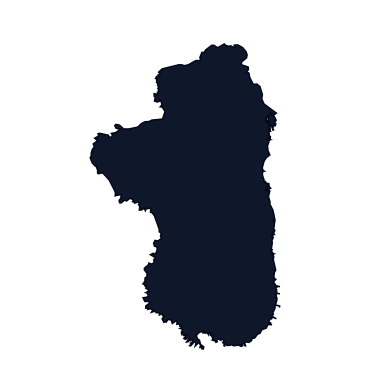 Bataan, Bataan, Philippines, rotated 10°
{"feature_id": "2640588B97763445928490", "entity_name": "Bataan", "entity_type": "district", "adm_level": 2, "iso_a3": "PHL", "parent_name": "Philippines", "parent_adm1": "Bataan", "projection": "orthographic", "projection_center": [120.476, 14.665], "detail": "fine", "context": "isolated", "style": "filled", "palette": "ink", "viewbox_px": 384, "rotation_deg": 10, "n_neighbors": 0, "source": "geoboundaries", "source_scale": "gbopen_adm2", "svg_char_len": 6043}
<svg xmlns="http://www.w3.org/2000/svg" viewBox="0 0 384 384"><g transform="rotate(10 192 192)"><path d="M261.4,99.7L247.5,92.7L244.5,88.1L244.4,83.8L240.6,76.4L237.2,74.4L233.7,75.4L228.9,69.1L227.4,65.0L224.9,64.5L226.3,61.6L225.7,59.2L218.4,58.1L218.4,55.1L222.4,50.5L222.5,47.5L221.0,44.6L216.8,41.0L211.6,39.2L208.1,40.0L209.1,42.1L207.9,42.3L204.7,41.3L203.1,42.2L199.6,41.7L198.1,40.6L192.2,45.5L188.2,43.7L186.0,44.1L180.8,49.7L179.7,52.5L177.5,52.8L176.4,58.3L177.4,59.5L176.8,61.1L172.8,62.0L166.4,67.3L162.4,69.0L159.9,68.5L156.7,69.1L141.3,75.9L138.3,79.8L140.5,81.3L138.2,82.6L138.4,84.0L137.1,84.3L136.4,86.6L137.7,86.8L138.1,90.2L140.1,91.7L139.5,92.8L141.0,94.3L140.3,95.9L141.9,96.8L141.2,97.7L142.0,98.8L140.6,99.8L141.3,101.9L137.6,101.7L138.2,104.4L139.3,104.2L139.3,109.0L142.2,109.4L145.2,107.8L146.1,108.5L147.3,111.9L146.6,112.5L147.3,113.0L146.4,113.6L148.0,113.6L151.5,117.4L150.3,125.3L139.9,128.2L137.6,130.0L133.5,131.0L130.2,133.5L127.3,137.5L118.8,140.9L113.8,141.8L109.1,138.8L105.6,138.6L104.4,139.9L106.0,142.3L110.3,142.7L106.7,146.7L102.4,148.3L103.8,149.8L103.3,151.6L101.4,152.6L99.7,150.6L91.0,150.2L89.3,151.0L90.3,152.4L89.7,153.6L86.8,155.9L90.1,157.9L86.4,161.8L88.0,164.6L86.5,167.3L86.0,171.4L86.6,173.3L85.8,175.9L88.6,180.6L92.5,183.4L93.1,183.0L95.4,187.3L95.7,189.7L96.8,190.3L99.7,188.9L101.5,189.2L108.4,194.6L115.8,204.4L117.0,206.9L116.9,209.8L117.3,208.8L122.7,206.8L123.0,210.4L121.7,213.0L122.6,215.2L124.0,215.1L127.1,211.7L129.1,212.2L131.9,209.1L133.1,209.1L135.0,209.7L135.7,211.1L135.2,211.8L136.9,211.9L137.3,213.0L140.5,211.3L142.1,211.7L141.5,213.8L143.0,214.9L143.3,219.0L145.9,218.2L147.8,216.1L149.3,218.5L149.7,216.6L154.2,215.0L154.7,219.2L156.2,219.2L159.2,222.1L166.2,234.4L166.7,236.9L168.8,237.8L168.6,241.0L169.7,242.4L169.4,243.5L167.0,246.1L164.0,246.1L163.1,249.2L164.6,252.0L166.1,251.8L167.4,253.1L167.7,256.7L166.4,259.2L165.1,259.7L164.4,259.1L161.9,261.0L167.1,262.9L167.3,264.2L166.4,264.8L166.9,265.6L166.2,265.8L167.1,267.7L165.2,270.0L161.9,269.5L162.0,270.8L158.4,275.3L158.6,277.0L162.0,280.1L162.2,283.4L160.7,284.8L161.1,288.1L159.6,291.0L161.6,291.4L162.0,292.7L163.4,292.5L163.2,294.8L165.8,295.6L166.4,297.3L164.0,299.1L165.1,299.2L167.1,301.7L166.0,303.4L162.2,304.6L164.5,308.0L168.1,307.3L169.2,307.9L169.2,309.1L166.3,312.2L166.6,314.4L168.1,314.0L168.7,315.3L170.8,314.4L173.2,314.5L173.8,315.0L172.9,317.5L176.0,315.8L177.7,317.1L180.8,316.5L181.2,318.8L183.2,317.2L184.5,318.6L184.4,317.6L185.4,317.9L186.2,319.0L184.6,322.1L186.9,325.2L188.3,324.3L189.1,324.7L190.7,321.5L193.9,321.8L195.4,324.9L198.5,321.9L199.7,322.0L200.1,325.0L202.0,324.3L203.3,324.9L203.3,326.3L204.5,325.7L205.4,326.5L204.7,327.1L205.2,328.0L204.2,328.5L207.0,328.9L206.4,330.1L207.1,330.8L205.9,331.5L206.3,333.0L205.7,333.5L207.0,333.2L207.1,334.2L207.8,333.6L208.9,334.8L210.6,333.3L211.6,333.7L209.4,337.7L211.1,338.3L213.0,336.3L214.5,336.6L212.7,340.7L214.3,340.0L215.3,338.3L216.4,338.8L217.4,337.5L218.7,337.8L218.5,339.7L216.9,341.0L217.9,341.4L216.3,343.7L217.4,343.8L220.1,339.5L221.3,339.2L222.2,339.9L221.9,343.1L223.5,341.0L223.3,340.0L225.0,339.6L227.1,341.2L226.8,343.6L227.6,343.2L229.1,344.8L230.4,344.6L230.5,342.5L226.9,340.6L225.0,336.6L223.1,335.9L220.9,332.3L222.1,331.4L222.5,329.5L222.4,330.3L224.3,328.4L226.8,327.9L227.1,328.5L227.8,327.4L228.3,328.2L228.9,327.6L228.5,328.7L229.6,328.7L230.0,327.8L231.4,328.4L232.0,327.3L232.4,329.7L232.5,328.0L233.0,329.1L233.1,328.1L234.2,328.1L234.8,326.6L234.8,329.8L236.3,330.3L238.2,333.1L237.6,334.3L240.2,334.5L241.7,335.9L242.9,335.0L241.9,332.9L242.3,332.0L245.9,332.9L245.6,332.4L248.6,331.8L249.2,332.6L248.5,335.0L250.2,335.9L250.0,337.7L251.7,338.2L250.3,337.6L250.3,335.9L253.3,337.0L256.2,336.4L257.2,335.4L259.7,336.2L264.3,334.7L267.2,335.5L268.0,335.0L266.8,333.9L267.6,333.7L267.7,334.4L268.2,334.3L268.4,334.2L267.6,333.6L268.7,333.0L269.1,331.1L270.3,331.9L270.6,334.2L271.4,334.1L270.9,333.4L271.4,333.2L271.6,333.2L270.9,333.4L270.2,331.4L270.7,330.2L274.2,330.3L276.3,328.2L276.8,325.6L279.0,325.0L281.2,320.7L283.4,319.4L284.8,315.4L288.7,313.2L290.0,309.1L291.3,309.1L290.0,308.2L293.0,308.7L293.2,307.7L292.9,308.6L291.7,308.4L291.9,307.2L290.0,306.9L291.0,303.3L292.3,303.2L293.0,301.2L293.6,301.2L295.7,301.9L296.4,302.0L296.4,301.9L293.8,301.0L293.0,301.1L292.4,299.6L293.4,298.5L292.6,296.9L293.9,292.3L293.5,289.0L298.1,289.0L298.1,290.2L298.2,290.6L298.1,289.0L293.8,288.7L294.4,283.6L293.6,281.9L294.7,281.5L293.6,281.7L292.6,278.3L293.5,277.1L296.3,277.0L293.0,277.0L292.3,273.5L291.1,272.7L292.6,270.1L295.1,270.0L291.1,269.7L288.2,267.0L288.2,265.7L289.7,263.4L288.3,263.0L287.3,261.1L287.1,256.8L288.0,254.4L283.5,243.8L283.9,242.1L282.6,239.6L283.6,238.8L281.5,238.8L281.0,237.7L281.6,237.4L280.5,236.8L280.9,235.0L280.0,235.2L279.9,227.8L279.1,226.3L279.9,222.8L278.2,221.8L279.2,221.5L279.0,220.1L279.8,219.8L278.5,219.5L279.9,218.8L279.0,217.2L279.8,217.2L280.2,215.5L279.5,215.6L278.9,213.5L278.6,207.1L277.5,206.8L278.7,206.4L278.6,205.0L277.4,204.4L278.0,203.6L274.8,195.8L270.3,189.8L270.8,188.8L268.1,183.3L268.4,177.3L266.9,176.4L264.4,178.0L264.0,177.6L268.8,174.6L267.0,173.3L266.3,171.0L265.7,171.6L264.8,174.8L264.5,174.8L265.9,170.4L263.8,170.6L262.8,169.4L262.7,170.3L260.2,168.2L260.9,167.7L258.3,162.9L258.2,159.2L256.3,158.9L259.4,158.8L257.7,157.8L257.0,155.8L257.6,149.2L259.2,145.2L261.5,142.9L261.2,141.7L262.0,141.7L259.7,138.2L258.3,133.5L259.1,129.1L258.6,128.0L260.1,127.0L258.0,127.0L257.5,126.0L259.7,125.6L259.6,123.8L257.7,123.0L258.2,122.5L257.2,118.8L257.9,118.7L256.9,118.3L257.0,117.6L258.3,117.8L258.2,116.7L257.7,115.8L255.9,116.0L257.7,115.2L255.0,110.4L254.0,110.5L254.5,109.8L253.1,109.4L253.5,108.4L252.5,108.1L252.5,106.5L253.6,103.3L255.7,103.8L254.5,103.7L254.2,104.8L254.9,109.6L259.7,114.6L260.9,117.0L261.5,116.7L260.0,114.4L260.9,113.8L260.9,112.0L262.5,112.2L262.6,110.0L260.8,110.1L262.4,106.7L259.6,103.0L256.6,102.0L254.2,99.9L259.1,101.9L261.4,99.7Z" fill="#0f172a" stroke="#020617" stroke-width="1.5"/></g></svg>